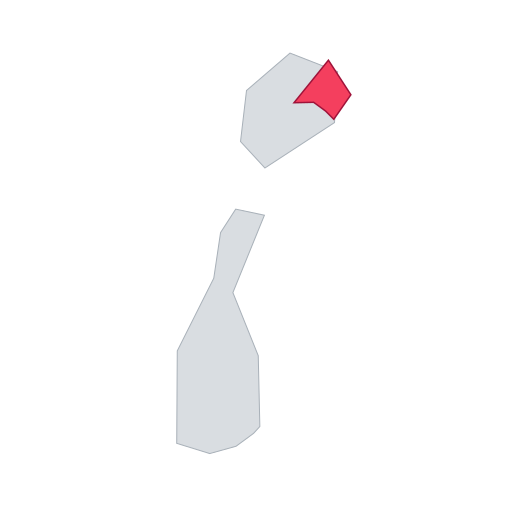 Saint Kitts and Nevis, with Saint John Figtree highlighted, rotated 231°
{"feature_id": "KNA-5105", "entity_name": "Saint John Figtree", "entity_type": "Parish", "adm_level": 1, "iso_a3": "KNA", "parent_name": "Saint Kitts and Nevis", "parent_adm1": "", "projection": "equal_earth", "projection_center": [-62.592, 17.123], "detail": "fine", "context": "in_parent", "style": "filled", "palette": "rose", "viewbox_px": 512, "rotation_deg": 231, "n_neighbors": 0, "source": "natural_earth", "source_scale": "10m", "svg_char_len": 556}
<svg xmlns="http://www.w3.org/2000/svg" viewBox="0 0 512 512"><g transform="rotate(231 256 256)"><path d="M305.2,269.7L282.4,288.2L242.1,215.0L177.1,195.0L121.1,151.7L119.7,142.5L120.7,120.8L131.6,95.7L160.3,76.5L231.8,135.1L265.3,209.2L296.5,243.2L305.2,269.7ZM392.3,410.1L347.9,435.4L310.3,401.0L318.8,318.3L354.7,316.0L390.6,352.8L392.3,410.1Z" fill="#d9dde1" stroke="#a8b0b8" stroke-width="1"/><path d="M362.6,435.5L321.6,431.2L313.3,402.5L324.8,401.3L339.2,397.5L351.2,382.0L362.6,435.5Z" fill="#f43f5e" stroke="#9f1239" stroke-width="1.5"/></g></svg>